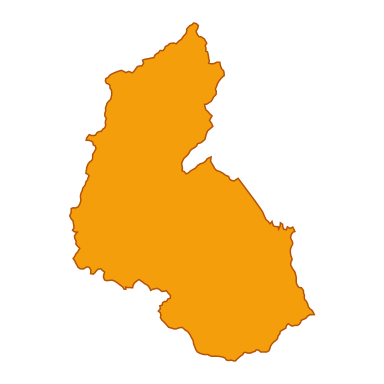 outline of São José dos Campos, São Paulo, Brazil
{"feature_id": "56859067B71151444408433", "entity_name": "São José dos Campos", "entity_type": "district", "adm_level": 2, "iso_a3": "BRA", "parent_name": "Brazil", "parent_adm1": "São Paulo", "projection": "orthographic", "projection_center": [-45.928, -23.061], "detail": "fine", "context": "isolated", "style": "filled", "palette": "amber", "viewbox_px": 384, "rotation_deg": 0, "n_neighbors": 0, "source": "geoboundaries", "source_scale": "gbopen_adm2", "svg_char_len": 5135}
<svg xmlns="http://www.w3.org/2000/svg" viewBox="0 0 384 384"><path d="M105.8,78.7L105.4,81.0L106.3,83.2L108.8,84.2L110.0,85.6L110.0,88.2L111.4,90.0L111.7,92.3L111.7,94.5L111.2,97.3L110.6,99.3L108.7,101.3L107.0,103.3L106.4,105.4L105.5,108.1L105.7,110.9L104.9,113.1L104.8,115.9L106.4,118.5L105.5,120.8L105.3,122.8L105.7,125.6L104.7,127.9L103.0,129.0L101.2,131.3L98.9,131.6L97.0,132.7L95.5,135.2L92.1,135.6L89.2,134.7L86.7,137.9L86.2,140.3L88.6,140.3L90.8,140.9L92.8,142.2L93.3,145.0L95.3,145.9L96.0,148.7L94.5,151.5L92.7,154.4L92.6,158.6L91.6,160.7L89.9,161.6L88.0,164.1L86.9,166.9L86.3,170.4L85.9,173.4L87.9,174.3L89.1,175.9L88.0,177.8L87.6,179.8L86.0,181.7L85.2,185.0L83.0,187.8L82.1,190.8L81.0,193.3L80.4,195.9L80.6,198.2L80.9,200.4L80.1,203.3L78.2,206.9L75.3,208.0L73.1,207.8L71.2,208.5L71.2,210.7L71.0,212.9L69.7,215.8L71.3,219.0L73.0,220.9L73.7,225.0L74.0,227.8L72.5,230.3L74.4,231.8L77.4,232.2L76.0,233.6L74.4,236.0L74.9,238.6L76.2,241.2L75.9,244.2L77.6,246.2L79.8,248.3L78.6,250.2L77.7,252.0L76.0,253.7L74.8,256.3L73.1,258.6L74.8,260.8L75.6,262.8L76.7,264.7L78.0,267.2L80.2,268.8L83.3,269.0L87.1,266.8L89.3,267.4L90.9,270.0L90.6,273.7L93.4,274.1L94.9,272.7L96.1,271.1L97.9,269.2L100.8,268.8L102.4,270.4L104.7,272.1L103.9,274.3L103.4,276.9L104.5,279.9L106.5,280.7L108.4,280.5L112.1,280.1L115.1,281.3L117.6,283.0L120.1,285.0L122.7,287.0L124.1,289.2L125.9,289.2L125.7,287.1L127.7,287.6L130.0,287.6L132.6,287.8L133.2,285.0L134.7,282.7L136.7,281.1L138.9,279.5L142.2,281.7L144.7,283.7L146.5,284.6L148.4,286.1L149.8,288.3L150.7,290.4L152.9,289.2L154.8,288.9L157.0,288.3L159.4,289.4L161.7,291.4L164.3,291.3L166.3,290.6L167.8,292.6L170.5,295.6L170.2,298.3L167.9,299.0L166.5,301.5L164.3,301.5L162.6,302.8L162.1,305.2L159.8,305.8L160.4,308.7L158.3,311.1L160.2,312.6L160.9,314.8L160.4,317.6L161.8,320.0L164.4,322.4L166.3,324.5L168.6,327.3L171.6,328.1L173.9,328.9L176.2,328.9L179.2,327.8L182.1,327.4L183.7,328.6L185.1,330.0L187.5,331.4L189.3,333.6L190.5,335.6L191.5,337.7L193.1,340.5L193.5,343.2L194.1,345.2L195.1,347.7L196.2,350.3L197.6,352.1L199.9,353.3L203.4,354.4L205.7,354.6L207.8,354.5L209.9,355.7L211.8,356.3L214.5,356.2L218.4,356.3L222.3,356.9L225.0,358.0L226.4,360.0L228.6,360.5L231.2,360.1L233.4,360.8L235.3,361.0L237.5,358.7L240.4,356.2L242.8,354.6L243.6,352.8L245.7,352.3L247.4,353.1L250.4,353.1L253.0,352.0L255.0,351.4L256.3,349.8L258.8,350.2L260.7,352.0L263.5,352.0L266.7,352.0L269.0,350.7L269.9,348.5L270.5,346.3L271.7,344.2L273.4,342.3L275.7,340.6L277.4,338.8L278.2,335.7L279.7,334.1L280.3,331.3L282.7,329.9L285.7,328.2L286.6,325.3L288.3,323.7L290.4,325.2L292.1,326.1L294.8,325.4L297.4,325.4L299.1,324.3L300.5,322.6L301.3,320.3L304.1,319.1L306.0,318.2L307.6,316.2L309.8,314.7L311.7,314.7L314.3,314.6L313.5,312.7L311.9,310.2L310.0,308.9L308.5,307.0L307.5,303.6L306.1,300.9L304.6,299.5L304.3,297.5L304.4,295.2L303.5,293.0L303.5,290.6L301.4,287.7L299.0,287.5L297.7,286.0L296.4,283.3L296.2,280.7L296.3,277.7L295.6,274.5L294.9,272.0L293.7,270.3L292.6,268.6L291.6,266.9L290.7,265.0L290.9,262.1L292.1,259.6L291.6,257.6L290.8,255.5L290.4,252.8L290.3,250.2L291.1,247.1L292.7,244.0L292.4,241.5L291.4,239.8L290.5,237.6L291.4,234.3L292.9,232.2L294.9,231.5L294.0,229.6L292.8,227.1L289.9,228.4L287.4,226.8L286.3,229.8L283.8,229.2L282.9,227.3L282.6,224.3L280.4,222.8L280.1,226.1L278.6,229.1L278.1,226.6L275.5,226.6L273.6,226.0L272.6,223.7L272.0,221.4L270.1,223.8L268.2,221.5L265.9,219.4L264.5,216.4L263.4,213.8L262.3,211.3L254.9,200.8L238.1,178.3L236.4,179.4L234.3,180.9L231.9,180.6L229.8,179.4L228.6,176.4L225.7,175.4L223.1,173.4L220.0,171.6L216.6,170.5L214.7,168.6L213.4,166.0L212.3,164.3L210.6,161.3L211.1,156.9L209.0,157.9L207.3,158.7L205.5,161.2L203.3,162.9L200.3,163.8L197.8,165.3L195.5,168.1L192.8,169.6L190.3,171.1L188.4,172.9L186.0,173.8L184.4,171.7L182.0,170.6L182.5,168.1L182.0,165.9L181.6,163.6L182.5,161.1L183.9,158.4L185.6,156.9L187.6,155.0L189.2,152.7L190.4,150.4L191.9,149.1L194.5,147.6L196.5,146.1L197.6,143.7L200.7,142.8L202.7,141.4L205.0,139.3L205.5,137.1L206.2,134.5L207.5,131.0L210.4,128.5L212.9,126.3L211.3,123.0L209.5,120.4L211.0,117.7L212.1,115.9L210.1,114.2L208.0,111.7L205.8,109.7L205.0,106.9L204.6,104.4L206.9,104.1L208.8,102.8L211.1,101.3L212.5,99.2L213.8,96.7L216.1,94.4L216.3,91.4L215.4,89.0L216.7,86.0L217.8,83.0L219.2,80.8L221.0,78.5L222.6,76.8L224.2,75.7L224.1,73.4L223.7,71.0L221.6,68.7L220.4,65.5L219.8,62.2L216.9,62.2L214.0,63.6L211.1,63.8L208.7,63.3L209.3,61.0L208.7,58.2L208.2,54.8L207.5,51.8L205.8,51.2L206.0,48.3L205.2,45.6L206.8,43.3L205.7,41.5L204.5,39.1L201.3,36.9L198.9,36.6L197.1,34.1L196.1,31.1L197.7,28.4L198.4,25.5L196.1,23.5L193.5,23.0L192.3,24.6L189.9,25.6L188.1,27.4L186.7,29.1L186.7,31.1L186.0,33.6L184.0,35.6L182.8,37.2L181.2,39.5L179.4,40.6L177.8,42.1L176.2,43.8L174.1,43.1L171.9,43.2L169.6,43.6L167.9,45.3L165.4,46.5L164.6,48.6L163.1,50.6L160.1,50.5L158.4,52.8L156.6,53.7L155.0,55.0L153.9,57.6L151.0,58.1L148.0,58.8L144.9,59.3L142.5,60.2L143.6,63.1L142.0,65.8L139.5,66.0L137.4,66.5L135.9,68.6L133.8,71.6L132.2,72.8L128.7,71.4L126.0,72.6L124.2,71.7L121.5,70.3L118.2,71.3L115.5,72.3L112.1,73.8L109.9,75.2L108.2,77.3L105.8,78.7Z" fill="#f59e0b" stroke="#b45309" stroke-width="1.5"/></svg>